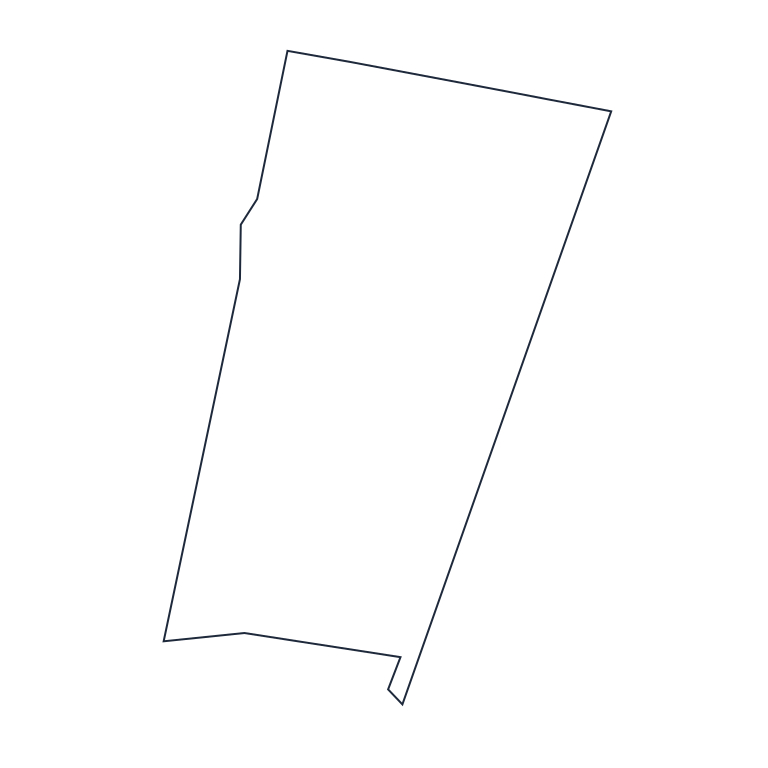 the district of Todd, Kentucky, United States of America, rotated 191°
{"feature_id": "52423323B26851239767625", "entity_name": "Todd", "entity_type": "district", "adm_level": 2, "iso_a3": "USA", "parent_name": "United States of America", "parent_adm1": "Kentucky", "projection": "robinson", "projection_center": [-87.184, 36.857], "detail": "fine", "context": "isolated", "style": "outline", "palette": "slate", "viewbox_px": 768, "rotation_deg": 191, "n_neighbors": 0, "source": "geoboundaries", "source_scale": "gbopen_adm2", "svg_char_len": 379}
<svg xmlns="http://www.w3.org/2000/svg" viewBox="0 0 768 768"><g transform="rotate(191 384 384)"><path d="M477.5,693.7L542.3,692.6L543.8,541.4L555.0,513.1L545.4,459.4L551.2,89.4L473.7,112.9L315.7,119.0L321.7,85.0L304.8,73.0L213.0,695.0L238.1,694.9L278.2,694.7L281.9,694.7L318.7,694.6L338.6,694.5L339.2,694.5L477.5,693.7Z" fill="none" stroke="#1e293b" stroke-width="2"/></g></svg>